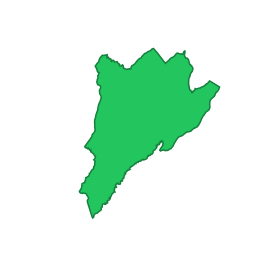 Luziânia, Goiás, Brazil (Equal Earth projection), rotated 31°
{"feature_id": "56859067B22325877983857", "entity_name": "Luziânia", "entity_type": "district", "adm_level": 2, "iso_a3": "BRA", "parent_name": "Brazil", "parent_adm1": "Goiás", "projection": "equal_earth", "projection_center": [-47.986, -16.555], "detail": "fine", "context": "isolated", "style": "filled", "palette": "green", "viewbox_px": 256, "rotation_deg": 31, "n_neighbors": 0, "source": "geoboundaries", "source_scale": "gbopen_adm2", "svg_char_len": 5858}
<svg xmlns="http://www.w3.org/2000/svg" viewBox="0 0 256 256"><g transform="rotate(31 128 128)"><path d="M72.3,75.9L72.0,76.6L71.3,76.8L70.8,77.6L70.1,77.9L69.8,78.4L69.0,78.6L68.5,79.0L67.9,82.4L68.2,83.7L68.2,84.7L68.6,85.6L68.8,86.7L68.5,87.6L68.2,89.2L68.2,90.2L68.0,91.5L68.3,92.1L69.3,92.4L69.7,93.0L70.4,93.1L72.4,95.1L72.8,95.2L73.5,95.7L74.0,95.5L74.7,95.5L75.3,98.9L75.7,99.6L76.3,100.2L76.6,101.0L76.6,102.1L77.2,103.3L77.4,104.4L78.3,105.3L79.7,106.5L81.1,106.2L82.0,106.2L82.7,106.3L83.3,106.7L83.9,107.7L84.1,110.2L84.6,111.3L85.4,112.1L85.9,112.9L88.9,115.0L89.4,115.7L90.3,119.3L90.7,122.7L91.7,125.8L92.8,128.4L93.6,132.6L95.1,136.8L95.2,138.1L96.6,140.6L98.4,143.0L98.8,144.1L100.6,146.4L101.2,147.9L101.3,149.3L100.7,152.2L101.1,152.9L101.5,154.2L101.4,155.6L100.5,166.1L101.2,166.7L102.0,166.5L102.6,166.8L103.1,166.2L103.7,166.1L104.1,165.7L104.4,166.4L104.9,165.9L105.4,166.3L106.0,166.4L106.5,166.1L106.8,166.5L107.3,165.8L107.9,166.6L108.3,167.6L109.5,167.3L110.0,167.7L110.6,167.9L111.9,167.8L113.6,169.1L114.8,169.1L115.4,171.3L115.0,172.9L117.0,173.4L117.3,174.9L118.1,175.9L118.6,177.1L118.7,177.9L118.5,178.8L118.7,179.4L119.4,180.0L119.4,180.6L119.1,181.2L119.2,181.9L118.7,182.4L118.6,183.1L118.8,183.9L118.6,184.5L118.8,185.3L118.3,187.0L118.9,187.8L119.0,189.4L118.0,191.5L117.4,192.3L117.9,192.7L118.5,195.8L119.0,197.2L118.0,198.1L117.3,199.5L118.0,201.1L118.7,202.2L119.0,203.1L118.9,204.2L119.3,204.9L119.0,205.5L119.1,206.5L118.9,207.2L119.3,207.7L120.3,208.1L120.9,208.2L121.5,207.8L122.8,207.5L123.2,206.7L125.8,205.9L126.6,206.1L127.3,206.8L128.2,207.1L130.1,208.3L130.4,208.7L130.6,209.5L130.4,210.3L130.5,211.1L131.3,212.3L143.0,222.7L144.0,223.3L144.5,221.8L143.9,221.2L143.7,219.3L143.8,218.7L144.6,217.6L145.2,217.1L145.6,216.5L146.1,214.6L147.0,212.6L147.1,211.7L146.1,210.2L146.6,209.2L146.2,208.5L146.0,207.8L145.5,207.1L145.5,206.5L146.8,204.7L147.4,205.3L148.2,204.9L147.9,203.8L148.5,203.4L149.1,202.7L148.8,202.2L148.3,202.0L147.7,200.9L148.9,199.9L148.9,199.0L149.2,197.7L148.6,197.5L147.9,197.7L148.1,196.8L148.7,196.6L148.5,195.8L148.7,195.0L148.4,193.8L148.1,193.2L148.8,191.9L148.6,191.2L149.1,190.0L149.8,189.6L149.2,189.0L148.4,188.9L148.0,188.3L148.0,187.4L147.6,187.0L147.3,186.0L147.7,185.5L148.3,185.3L148.6,184.5L148.0,184.1L147.1,184.1L146.6,183.1L146.8,182.3L147.6,181.4L147.2,180.9L147.7,180.6L149.0,181.0L150.2,180.1L150.1,179.3L149.2,178.0L149.3,176.9L150.2,176.8L150.5,176.1L150.0,175.6L149.8,174.9L149.7,174.0L150.2,173.3L150.1,172.6L149.7,172.1L149.5,171.4L149.5,170.8L149.2,169.9L149.3,169.2L149.6,168.5L149.2,167.9L148.6,168.0L149.5,165.1L149.2,164.6L149.6,164.1L150.4,163.7L150.4,162.9L151.0,162.5L150.4,162.2L150.1,161.6L150.6,160.2L150.3,159.8L150.5,159.2L151.4,158.4L151.7,157.1L152.3,155.9L152.3,154.8L153.2,154.5L152.9,153.7L153.2,152.9L153.6,152.5L154.4,152.3L154.3,151.4L154.6,150.9L155.5,150.1L156.0,149.9L155.9,149.0L156.4,148.5L156.9,147.2L157.3,147.5L157.8,147.4L158.7,146.4L159.8,144.8L159.9,144.1L159.5,142.8L159.5,142.2L159.9,141.8L159.5,141.2L160.3,140.9L160.7,140.0L161.3,139.8L161.2,138.5L161.8,138.1L162.2,137.7L162.2,136.5L162.0,135.9L161.6,135.4L161.5,134.5L161.7,134.0L162.3,132.9L162.5,131.9L162.4,131.1L162.8,130.1L161.6,128.8L162.2,128.8L162.4,128.1L161.8,127.1L162.1,126.5L162.8,126.5L163.3,126.0L162.7,125.5L162.7,124.6L163.2,124.4L163.4,123.8L163.7,123.2L163.7,122.6L162.9,122.7L163.6,121.5L164.1,121.9L164.6,121.6L165.5,122.5L166.0,123.3L166.1,124.0L166.7,124.5L166.7,127.1L166.4,128.7L166.6,129.3L166.5,130.1L166.8,130.8L167.8,130.9L168.1,130.2L168.7,129.7L168.9,129.1L170.0,128.5L170.8,128.3L171.2,128.4L173.4,126.9L174.1,125.9L174.8,124.1L175.4,123.7L175.5,122.7L175.9,120.6L175.6,117.5L175.6,113.5L175.8,110.3L176.8,108.4L177.3,108.1L178.4,106.6L179.1,104.8L179.1,104.2L179.5,103.8L179.7,102.6L180.2,102.0L180.7,101.0L182.2,99.8L183.5,98.3L183.8,97.5L183.8,96.7L184.8,94.0L185.3,93.8L185.6,93.0L186.8,91.2L186.8,90.4L187.1,89.3L186.9,88.4L186.9,86.2L186.3,81.6L186.4,80.9L186.2,79.9L186.2,78.8L186.4,78.2L186.5,77.0L186.3,76.5L186.6,75.4L186.6,74.4L187.1,72.9L187.6,72.2L187.8,71.2L188.1,70.4L187.5,68.0L187.2,67.4L186.7,67.0L184.9,64.0L184.3,61.9L184.4,60.4L184.7,59.5L184.9,58.5L185.7,56.4L185.5,55.6L185.6,54.9L185.3,53.6L185.2,52.6L185.8,50.7L185.9,48.2L185.4,45.7L173.7,45.6L173.5,46.7L173.2,48.8L173.0,49.3L172.6,49.6L171.5,53.2L170.0,54.9L169.3,56.5L167.8,57.7L166.9,59.2L165.2,59.6L165.5,60.4L165.7,61.9L165.1,62.3L164.8,62.8L164.7,63.5L165.2,64.3L164.7,64.9L164.0,64.3L162.2,63.3L161.8,63.7L160.2,62.5L160.0,62.0L159.0,61.1L158.7,60.5L157.4,59.4L156.4,57.5L155.8,56.8L155.6,56.0L155.3,55.5L154.6,53.8L154.5,52.3L154.2,50.8L153.7,50.1L153.6,48.9L153.8,48.1L153.8,46.0L153.5,44.9L152.9,43.4L150.6,42.0L149.4,41.8L149.0,41.5L148.7,41.9L147.8,41.5L145.8,39.4L145.4,38.9L144.3,38.1L143.0,37.7L142.2,37.8L141.3,38.3L140.5,37.9L140.1,37.4L139.6,37.2L139.0,36.7L138.4,35.6L137.9,33.7L137.5,33.0L137.0,32.7L136.5,34.2L137.2,36.3L136.4,37.0L135.9,36.8L135.3,37.1L134.9,37.6L134.4,37.9L132.2,38.1L131.4,38.7L131.1,39.7L130.8,42.3L130.3,43.6L130.0,44.3L129.5,44.7L129.3,45.2L128.9,45.7L128.3,47.5L128.2,49.3L127.1,51.9L126.8,53.4L114.4,48.5L108.9,46.7L107.7,48.3L107.6,48.9L107.6,49.6L107.3,50.3L105.7,52.4L105.0,54.3L103.9,55.6L103.2,59.0L103.1,61.3L102.1,62.4L101.5,64.2L101.4,65.4L101.1,66.2L101.1,67.2L100.9,68.3L100.9,69.3L100.2,71.0L99.2,72.8L99.4,74.7L99.8,75.1L99.9,75.7L99.6,76.3L98.6,76.5L97.9,77.6L97.5,77.5L96.6,78.6L95.4,78.6L94.9,78.8L94.4,78.8L93.5,79.1L93.0,78.7L92.7,78.1L91.6,76.9L90.6,76.8L90.2,78.5L88.9,79.1L88.4,78.8L88.3,77.9L87.1,77.6L86.3,77.8L84.6,76.7L83.5,77.6L83.1,78.2L82.4,78.3L81.1,77.5L80.6,77.5L80.1,77.7L79.9,78.8L79.6,79.5L79.0,79.3L78.7,78.4L77.7,77.7L77.0,77.8L76.3,78.5L75.9,78.3L74.9,77.4L74.2,78.5L73.4,78.6L73.3,77.5L73.1,76.9L72.7,76.2L72.3,75.9Z" fill="#22c55e" stroke="#15803d" stroke-width="1.5"/></g></svg>